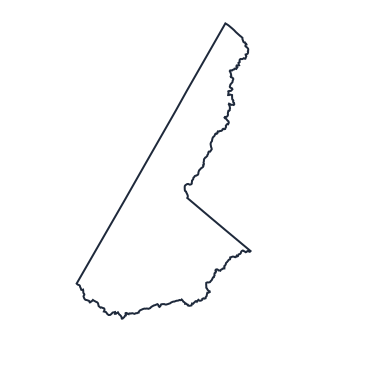 Rio Maria, Pará, Brazil, rotated 310°
{"feature_id": "56859067B51957769072993", "entity_name": "Rio Maria", "entity_type": "district", "adm_level": 2, "iso_a3": "BRA", "parent_name": "Brazil", "parent_adm1": "Pará", "projection": "albers", "projection_center": [-49.844, -7.37], "detail": "fine", "context": "isolated", "style": "outline", "palette": "slate", "viewbox_px": 384, "rotation_deg": 310, "n_neighbors": 0, "source": "geoboundaries", "source_scale": "gbopen_adm2", "svg_char_len": 6025}
<svg xmlns="http://www.w3.org/2000/svg" viewBox="0 0 384 384"><g transform="rotate(310 192 192)"><path d="M54.9,220.7L55.7,220.1L55.9,219.4L56.6,219.0L57.2,219.5L57.4,220.4L57.3,221.2L57.7,222.1L58.4,221.9L59.2,222.5L59.5,223.3L60.2,223.7L60.8,224.2L61.7,226.3L63.2,227.0L63.8,227.8L64.6,228.0L65.3,228.7L66.4,228.2L68.0,228.3L70.9,229.7L72.1,230.5L72.7,231.4L73.4,232.0L73.9,232.6L74.6,233.8L75.4,234.2L76.2,234.6L77.1,234.6L78.2,234.8L79.0,235.1L80.6,235.7L81.2,236.2L82.9,237.1L83.8,237.5L83.9,238.4L83.5,239.3L83.0,240.1L83.1,241.0L84.1,241.1L85.3,240.8L86.1,240.6L87.1,241.4L88.3,242.8L88.6,243.8L89.1,244.5L89.7,244.9L90.7,245.6L92.9,246.9L93.9,247.0L94.9,247.5L96.0,248.1L96.7,248.9L98.7,250.0L99.9,251.2L101.2,251.8L101.5,252.5L102.2,253.1L103.0,253.2L102.8,254.7L102.4,255.9L102.6,256.9L102.5,258.0L101.9,258.6L102.8,259.5L102.6,260.5L103.0,261.3L102.5,261.9L103.0,263.0L104.0,263.9L104.8,264.5L106.6,263.7L107.1,264.7L108.5,264.7L109.5,264.9L110.6,264.9L111.2,265.5L111.1,266.3L112.1,266.2L113.5,266.2L113.5,267.5L114.0,268.2L115.0,268.9L116.1,269.1L116.8,268.6L118.0,269.2L118.2,270.0L119.3,270.7L120.1,270.1L121.6,270.1L122.5,269.6L123.8,268.9L124.7,268.5L125.2,269.2L126.8,269.9L127.3,269.3L127.0,268.5L127.0,267.6L127.2,266.4L127.7,265.6L127.8,264.5L128.8,263.7L130.5,262.1L131.6,261.3L132.6,261.8L133.4,262.9L134.5,263.7L135.7,263.6L136.6,263.7L137.4,263.7L138.5,263.4L139.3,263.2L140.0,263.0L140.8,263.5L141.5,263.0L142.5,263.0L143.1,262.3L143.7,261.8L144.5,261.5L145.1,261.9L145.9,261.7L146.7,261.4L146.7,260.6L147.4,260.2L148.3,260.3L148.9,261.0L149.1,261.8L149.0,262.8L149.6,263.5L149.9,264.3L150.7,264.1L151.4,264.3L152.2,264.7L153.0,264.7L153.5,265.3L154.2,265.9L154.6,265.3L155.4,265.2L155.9,264.4L156.7,264.5L157.6,264.5L158.4,264.3L159.0,263.9L159.7,263.7L160.8,263.9L161.7,263.8L162.6,263.9L163.4,263.7L164.1,263.9L164.9,264.4L165.8,264.0L166.4,263.3L168.7,264.7L169.4,265.7L169.6,266.6L170.1,267.3L171.9,267.2L171.7,268.0L172.4,268.4L174.1,267.8L175.6,268.7L176.3,268.7L177.8,268.1L178.9,268.1L179.9,268.6L179.9,269.4L180.3,270.2L180.3,271.0L180.4,271.9L181.2,272.3L182.3,272.4L182.8,272.9L183.0,274.0L183.3,274.7L184.4,274.8L184.3,242.3L184.3,224.9L184.4,192.2L185.4,192.0L186.2,191.4L186.8,190.6L187.7,188.7L188.0,187.8L188.5,187.2L188.4,185.9L188.9,185.2L191.1,183.2L192.1,182.6L193.2,182.6L194.0,182.9L195.0,183.2L195.7,183.9L196.2,185.6L197.0,186.2L197.7,186.5L198.5,186.3L199.3,185.6L200.0,185.3L200.7,184.7L202.5,184.7L203.2,184.3L204.0,183.9L204.9,184.1L205.9,183.9L206.7,184.2L207.2,184.7L209.1,185.4L209.9,185.2L210.5,184.8L211.2,184.3L212.7,183.7L213.9,183.5L214.6,183.8L215.6,183.6L216.5,183.9L217.3,184.1L218.3,184.3L219.1,184.1L219.7,183.2L220.4,183.5L221.3,183.0L221.7,182.1L222.4,181.7L223.1,181.4L224.4,180.4L225.1,180.1L226.0,180.1L226.8,180.0L227.4,180.3L229.5,180.5L230.2,180.0L231.0,180.0L232.0,179.7L232.9,179.0L233.9,179.0L234.5,179.9L236.1,179.8L237.5,179.6L238.3,178.6L238.6,177.9L239.9,176.3L240.8,175.3L241.9,174.8L242.9,174.6L243.7,174.6L245.3,173.7L246.5,173.1L247.8,172.9L248.7,173.1L249.6,173.1L251.4,172.5L252.3,172.8L252.4,173.5L253.3,173.7L254.3,173.0L255.2,172.9L255.4,173.6L256.1,174.0L256.8,174.2L257.3,174.9L258.0,175.3L258.8,175.4L259.6,175.1L260.5,175.3L260.7,176.2L261.6,176.9L262.8,176.4L263.7,176.3L264.4,175.4L266.0,175.2L266.9,175.4L267.1,176.1L268.1,175.9L269.0,175.4L269.6,174.4L269.5,173.5L269.9,171.6L270.0,170.8L269.7,170.0L269.9,169.1L270.7,169.0L271.2,169.6L271.8,170.1L272.5,170.3L273.4,170.3L274.2,170.0L275.4,168.8L276.2,168.4L276.9,168.0L277.6,167.7L278.1,168.3L279.1,168.3L279.7,167.6L280.6,167.3L282.2,165.3L282.8,163.8L283.5,163.6L283.8,164.5L283.8,165.3L284.0,166.1L284.7,166.6L285.4,168.0L286.3,168.0L287.3,166.9L287.3,165.9L287.8,165.3L288.6,164.9L288.9,164.1L288.8,163.4L289.3,162.8L290.0,162.2L290.7,161.5L292.0,160.4L291.6,159.7L291.4,159.0L290.9,158.3L290.1,158.1L289.5,157.4L291.9,155.9L292.4,155.1L293.2,155.4L294.3,156.7L295.1,156.9L296.7,156.9L297.1,156.0L296.9,155.3L296.6,154.5L296.7,153.6L297.2,153.1L297.9,152.9L298.8,152.4L299.6,152.3L301.6,152.4L302.4,152.3L303.2,151.7L305.0,151.1L305.5,150.5L305.4,149.6L305.4,148.7L305.0,148.0L305.4,147.3L306.3,147.3L307.3,146.2L308.2,144.8L308.9,143.2L309.7,143.1L310.3,143.8L310.7,144.5L311.4,144.5L313.1,145.5L313.8,145.3L314.4,146.0L314.7,146.8L315.6,146.7L316.5,146.6L316.4,145.7L317.0,145.1L317.7,144.9L318.7,146.2L319.3,146.6L319.6,145.8L320.3,145.4L320.7,144.6L321.5,144.7L322.2,145.0L322.8,144.4L323.6,143.7L324.3,143.5L325.2,143.8L325.7,144.6L326.3,145.2L327.8,145.7L327.9,146.5L328.4,147.2L331.0,146.3L331.3,145.3L331.8,144.7L333.1,145.5L333.9,145.7L335.4,145.0L335.7,144.3L336.6,144.0L337.3,143.5L337.8,142.9L338.0,142.0L338.1,141.2L338.0,139.3L338.6,138.7L339.4,138.5L340.0,138.9L340.4,138.1L340.2,137.1L340.6,136.4L340.1,135.8L340.1,134.7L340.7,133.9L341.1,133.1L341.6,132.3L342.5,131.6L342.6,129.7L342.5,129.0L342.6,125.4L342.7,122.8L343.0,120.4L343.1,117.8L343.1,113.0L343.0,111.8L342.6,109.2L266.1,123.0L244.3,127.2L236.6,128.6L183.4,138.2L146.2,145.0L144.6,145.3L93.3,154.4L91.6,154.7L47.7,162.5L47.6,163.5L47.7,164.4L48.0,165.0L48.2,165.8L48.0,166.5L47.4,167.3L47.0,168.0L46.8,168.7L46.2,169.5L45.9,170.1L46.5,170.9L47.2,171.3L46.6,172.0L45.7,172.8L45.2,173.3L44.7,174.1L44.6,174.9L44.1,175.6L43.1,175.7L42.4,175.9L41.5,177.3L41.2,178.0L40.9,179.1L41.0,179.9L41.5,180.7L42.0,182.0L42.4,183.0L42.1,183.8L41.7,184.6L42.3,185.1L43.2,185.0L43.9,185.4L44.8,185.5L45.6,185.5L45.6,186.2L45.9,187.6L46.1,188.5L46.2,189.2L46.5,190.0L46.5,191.0L46.1,191.9L45.5,192.6L45.1,193.2L44.6,193.8L44.6,194.6L44.6,196.3L45.4,196.8L45.9,198.5L46.3,199.1L46.1,200.1L45.4,200.8L44.6,201.1L43.8,201.3L44.7,203.2L44.5,204.2L44.1,205.7L44.2,207.2L44.7,207.8L45.4,208.4L46.6,208.6L47.7,208.7L48.6,208.7L49.3,209.3L50.6,210.2L50.1,210.8L49.2,211.3L49.8,212.0L50.6,211.9L51.2,212.4L52.2,212.6L51.6,214.3L51.4,215.1L51.5,215.8L51.3,217.3L50.9,218.4L50.3,219.0L49.9,219.6L50.4,220.2L51.6,220.3L52.4,220.5L53.4,220.4L54.1,220.2L54.9,220.7Z" fill="none" stroke="#1e293b" stroke-width="2"/></g></svg>